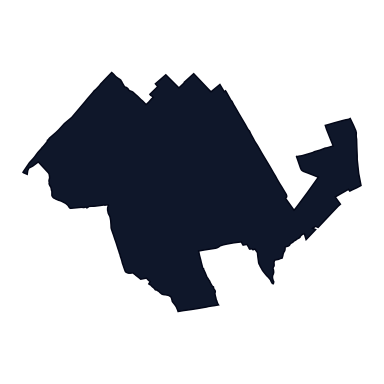 the district of Balteni, Vaslui, Romania
{"feature_id": "2599482B7876180524061", "entity_name": "Balteni", "entity_type": "district", "adm_level": 2, "iso_a3": "ROU", "parent_name": "Romania", "parent_adm1": "Vaslui", "projection": "albers", "projection_center": [27.634, 46.674], "detail": "fine", "context": "isolated", "style": "filled", "palette": "ink", "viewbox_px": 384, "rotation_deg": 0, "n_neighbors": 0, "source": "geoboundaries", "source_scale": "gbopen_adm2", "svg_char_len": 5984}
<svg xmlns="http://www.w3.org/2000/svg" viewBox="0 0 384 384"><path d="M272.4,283.5L273.3,283.7L273.6,282.7L273.7,282.0L273.7,281.5L273.3,280.9L272.7,278.9L272.5,277.7L272.5,276.5L272.7,275.5L272.9,274.7L273.3,274.1L273.6,272.8L273.7,272.3L273.6,270.9L273.4,269.6L273.1,268.8L273.0,268.2L273.3,267.2L274.1,265.9L274.1,264.2L274.0,263.1L274.0,262.2L274.3,261.2L274.6,260.5L275.3,259.9L276.1,259.8L277.2,259.6L278.7,259.3L280.1,258.6L281.3,258.3L282.1,258.1L282.7,256.1L283.0,254.8L283.1,254.0L283.8,252.2L284.3,251.5L284.7,250.7L284.9,250.1L285.1,248.7L285.0,248.0L285.1,247.2L285.6,246.8L287.9,246.2L288.7,245.8L289.4,245.3L290.0,244.2L290.7,243.5L291.7,242.8L292.6,242.4L293.4,241.6L294.3,240.8L295.6,240.2L296.9,239.1L299.4,237.8L299.6,237.3L300.1,237.1L300.1,236.8L300.4,236.2L301.8,234.8L304.2,233.6L304.6,234.1L304.8,235.2L306.1,239.6L315.6,229.6L312.6,228.3L315.6,226.3L318.1,227.4L332.0,212.6L338.1,206.2L340.4,204.2L335.2,197.0L340.3,194.0L344.9,191.4L348.4,189.3L349.8,191.1L352.3,189.8L356.7,187.8L361.0,185.5L358.7,173.5L357.2,159.5L357.2,157.7L357.2,156.1L356.8,146.4L356.6,139.2L356.3,137.2L356.2,135.6L356.3,133.3L356.3,132.8L355.8,130.7L353.6,125.6L350.2,118.5L349.2,119.1L348.1,119.4L345.7,119.8L342.9,120.5L334.4,122.8L327.6,124.8L325.3,125.4L326.5,129.2L329.7,137.2L333.2,145.9L332.1,146.3L328.2,147.5L326.6,147.9L325.1,148.1L320.1,150.1L314.3,151.7L313.5,152.2L312.6,152.6L302.4,155.6L300.9,155.9L299.3,156.1L297.6,156.5L296.6,156.4L296.5,156.6L297.3,158.7L300.5,168.0L301.1,169.3L301.6,170.1L302.5,170.8L303.5,171.4L307.8,173.0L318.4,177.2L318.0,177.7L307.3,192.7L297.5,205.9L295.5,208.5L294.0,210.2L287.2,200.7L285.5,198.4L286.5,197.2L286.7,196.6L286.7,195.9L286.3,194.5L281.7,186.8L279.6,183.5L277.2,179.4L275.5,176.2L273.5,172.9L271.1,168.7L269.3,165.6L263.1,155.3L261.5,152.6L259.7,149.4L257.5,145.6L254.6,141.1L253.6,139.1L250.9,134.2L249.4,130.9L249.0,130.7L247.7,128.9L246.6,126.9L245.3,124.5L238.9,113.7L235.0,106.9L233.7,104.8L231.9,101.2L231.2,100.6L230.7,99.9L226.3,92.0L225.5,90.8L224.1,91.8L223.7,90.9L219.9,84.5L211.0,91.8L208.5,89.3L193.7,73.7L184.2,82.3L184.1,83.0L178.9,87.9L165.8,74.8L155.4,83.8L157.8,86.6L149.9,94.3L150.6,95.3L151.9,96.0L153.2,97.4L151.4,99.0L150.5,100.1L148.4,102.5L147.2,103.5L146.4,104.4L145.9,104.6L145.3,103.8L143.3,101.7L142.5,100.9L140.9,99.6L138.0,96.7L136.8,95.6L135.6,94.6L132.9,92.1L132.0,91.6L130.1,90.9L129.0,90.3L128.5,89.7L128.1,89.0L127.9,88.6L127.0,87.9L126.4,87.5L125.8,87.2L124.9,87.1L124.3,86.4L123.8,85.5L122.2,82.8L121.8,81.8L121.5,81.6L121.2,81.2L121.0,80.4L120.0,79.5L117.8,78.1L116.3,77.0L115.5,76.3L113.7,74.3L112.4,73.1L111.7,72.5L103.5,81.0L102.6,82.0L100.8,83.8L99.4,85.7L96.2,89.1L94.0,91.0L92.9,92.5L90.3,95.5L87.6,98.6L85.0,101.8L71.8,117.4L64.4,123.6L58.8,129.8L55.9,132.6L49.6,138.0L48.9,138.8L49.0,139.5L47.6,140.1L47.4,140.3L47.6,140.8L47.3,141.4L46.4,142.6L43.1,146.6L42.0,147.6L42.0,147.9L41.8,148.1L38.0,152.3L36.2,154.7L34.7,156.8L33.1,158.7L29.5,162.6L23.6,171.3L23.0,172.3L23.5,172.7L24.1,173.0L25.1,173.4L27.2,174.3L27.7,170.7L28.8,168.1L32.7,166.1L38.3,161.9L48.1,172.5L49.0,173.7L49.2,174.6L49.4,175.6L49.6,177.4L49.6,178.0L49.0,180.3L49.0,180.8L49.0,181.3L49.3,182.5L49.1,183.2L49.2,184.1L49.4,184.6L49.9,185.7L50.8,187.1L51.1,188.0L51.3,189.2L51.5,190.3L51.9,191.4L51.9,195.3L52.0,195.8L52.9,197.2L53.6,197.9L54.7,198.4L55.7,199.0L58.7,200.3L59.9,200.6L61.5,201.2L65.7,203.4L67.7,205.1L68.2,205.7L68.9,206.9L69.8,208.0L70.2,208.2L70.6,208.3L75.0,207.9L80.2,207.4L81.5,207.3L82.7,207.4L83.2,207.5L84.2,207.5L84.8,207.2L85.5,207.1L86.0,207.2L86.5,207.6L86.6,207.8L87.1,207.8L88.0,207.2L88.7,206.6L89.2,206.4L90.4,206.3L94.6,206.2L100.2,205.5L103.6,205.0L104.2,205.0L104.8,205.2L106.7,204.9L107.2,204.9L108.3,205.1L108.4,205.5L108.3,205.9L107.7,207.4L107.6,208.6L107.6,210.2L107.8,210.9L108.2,213.1L108.9,214.6L109.9,216.5L110.3,218.3L110.7,220.6L111.0,224.7L111.1,227.5L111.3,228.7L112.7,232.8L113.5,235.0L114.9,239.3L115.2,240.1L115.6,241.2L116.3,243.3L117.9,248.4L119.1,251.9L119.2,252.4L119.3,252.9L119.8,253.9L120.4,256.4L121.2,258.7L121.8,260.7L122.4,263.2L122.8,264.3L124.2,268.4L125.1,270.9L125.5,271.7L126.1,272.2L127.6,272.9L128.8,273.2L129.6,273.2L130.4,273.2L132.5,272.9L133.0,273.0L133.5,273.3L134.6,274.3L135.0,274.4L135.6,275.1L137.8,276.8L139.1,277.8L140.7,279.2L146.5,278.1L148.6,280.4L150.2,281.6L148.8,283.9L149.4,284.4L150.6,284.9L151.6,286.0L152.6,287.0L152.8,287.1L153.5,287.6L154.7,288.9L155.2,289.7L155.6,289.9L156.3,290.0L157.0,289.9L157.1,290.3L157.3,290.5L158.9,291.4L159.5,292.0L159.8,292.4L161.9,294.1L162.4,294.3L163.1,294.5L164.4,294.7L165.0,294.7L165.6,294.8L168.2,295.3L168.8,295.5L169.7,296.1L170.2,296.3L170.6,296.6L171.2,297.4L171.6,298.5L171.9,299.6L172.3,301.4L172.7,302.0L174.8,304.7L175.6,305.8L176.3,306.9L177.6,310.0L178.1,311.5L183.3,310.6L191.4,309.5L197.8,308.5L206.5,307.0L208.4,306.5L211.6,306.0L214.6,305.6L218.5,304.9L217.8,303.8L217.3,302.6L216.7,300.7L216.2,299.7L215.9,298.1L215.7,297.2L215.4,296.2L214.9,293.7L215.0,293.0L215.2,292.2L215.3,291.6L215.2,290.9L214.8,290.2L214.4,289.6L213.8,288.9L213.7,288.2L213.5,287.9L213.5,287.5L213.5,287.0L213.3,286.8L212.8,286.6L212.3,286.2L211.1,284.2L210.4,282.9L210.1,282.3L209.7,281.2L208.5,279.5L207.9,278.4L207.0,277.3L206.6,276.3L205.2,272.8L203.7,269.6L203.5,268.6L202.9,268.6L202.7,268.0L201.9,264.8L201.2,262.2L200.8,260.3L199.5,255.4L198.6,251.0L204.7,249.9L215.8,248.2L217.5,247.6L218.9,246.8L220.0,245.9L222.1,245.2L223.4,244.8L226.6,244.1L233.8,242.8L241.3,241.9L242.9,244.9L243.1,245.1L246.8,244.4L247.0,244.4L247.4,245.2L248.9,247.6L249.1,248.4L249.6,249.1L250.5,249.0L251.6,248.8L252.2,249.0L252.8,249.7L253.3,249.7L254.2,249.4L254.8,249.1L255.3,249.4L256.0,250.6L257.3,252.4L257.5,252.9L257.6,254.5L258.0,257.9L258.4,260.7L258.6,262.5L259.0,263.9L259.8,265.2L260.2,266.3L261.5,268.5L262.5,270.4L263.4,271.6L264.2,272.6L265.4,274.1L266.8,275.8L268.0,276.9L269.3,278.4L270.4,279.7L270.8,280.6L271.2,281.6L272.4,283.5Z" fill="#0f172a" stroke="#020617" stroke-width="1.5"/></svg>